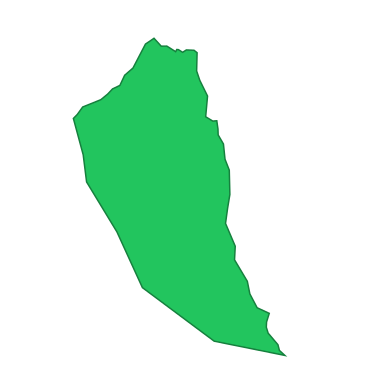 San Mateo Cajonos, Oaxaca, Mexico, rotated 16°
{"feature_id": "50627088B20375223993214", "entity_name": "San Mateo Cajonos", "entity_type": "district", "adm_level": 2, "iso_a3": "MEX", "parent_name": "Mexico", "parent_adm1": "Oaxaca", "projection": "equal_earth", "projection_center": [-96.196, 17.154], "detail": "fine", "context": "isolated", "style": "filled", "palette": "green", "viewbox_px": 384, "rotation_deg": 16, "n_neighbors": 0, "source": "geoboundaries", "source_scale": "gbopen_adm2", "svg_char_len": 801}
<svg xmlns="http://www.w3.org/2000/svg" viewBox="0 0 384 384"><g transform="rotate(16 192 192)"><path d="M57.7,154.0L77.2,186.3L77.4,186.8L87.9,211.4L130.8,251.0L170.7,297.6L254.5,329.3L326.3,323.5L319.7,320.2L316.7,315.1L304.1,306.7L300.7,301.5L299.5,296.4L299.7,287.4L286.5,285.3L275.7,274.0L269.8,262.6L251.6,245.5L248.5,232.2L232.9,213.0L230.7,197.8L229.1,184.0L222.0,161.3L221.8,160.7L214.7,151.4L209.0,137.2L201.4,129.9L199.6,124.3L196.2,116.7L192.4,118.1L184.4,115.9L180.5,95.5L168.7,82.5L163.1,74.4L158.5,56.7L154.9,55.2L147.4,57.0L144.5,60.3L139.7,58.9L138.1,59.2L137.6,61.6L127.6,58.7L122.2,60.3L113.1,54.7L110.8,57.5L106.5,62.6L101.1,89.1L95.1,98.3L93.3,109.4L87.2,114.8L83.9,121.2L78.9,128.4L63.5,140.4L60.3,149.2L57.7,154.0Z" fill="#22c55e" stroke="#15803d" stroke-width="1.5"/></g></svg>